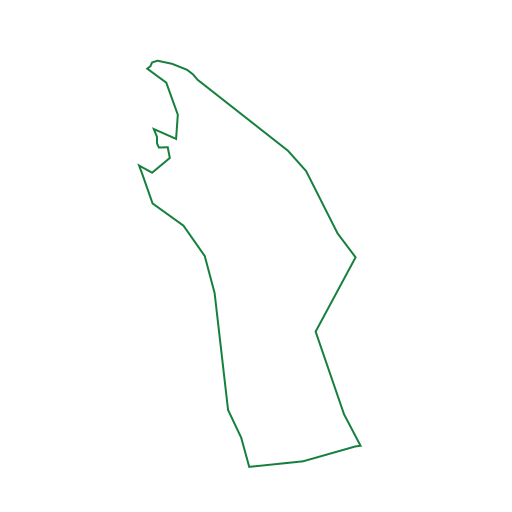 map outline of Zanzibar West (Albers equal-area conic projection), rotated 169°
{"feature_id": "TZA-3384", "entity_name": "Zanzibar West", "entity_type": "Region", "adm_level": 1, "iso_a3": "TZA", "parent_name": "United Republic of Tanzania", "parent_adm1": "", "projection": "albers", "projection_center": [39.265, -6.171], "detail": "fine", "context": "isolated", "style": "outline", "palette": "green", "viewbox_px": 512, "rotation_deg": 169, "n_neighbors": 0, "source": "natural_earth", "source_scale": "10m", "svg_char_len": 604}
<svg xmlns="http://www.w3.org/2000/svg" viewBox="0 0 512 512"><g transform="rotate(169 256 256)"><path d="M353.5,367.1L342.1,357.6L321.9,368.7L321.9,379.6L330.6,381.0L331.7,385.3L330.5,391.9L332.1,400.1L312.1,386.2L305.8,409.6L311.0,443.3L327.0,460.6L323.4,462.5L321.1,465.8L315.4,466.5L301.6,460.6L288.1,451.9L283.1,446.2L279.7,440.1L204.6,353.3L190.6,329.8L171.6,262.6L158.5,235.7L211.9,170.4L199.8,83.9L189.6,49.8L195.0,50.1L249.1,45.5L302.9,50.3L305.2,80.5L312.8,110.2L303.7,227.5L306.3,265.7L321.4,299.6L347.5,327.3L352.0,358.1L353.5,367.1Z" fill="none" stroke="#15803d" stroke-width="2"/></g></svg>